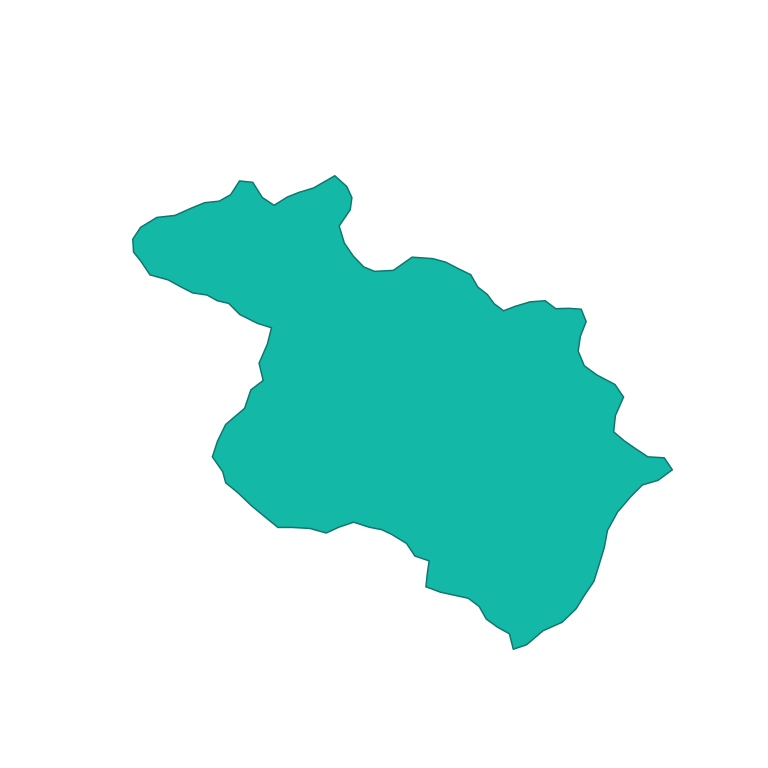 the district of Cajuri, Minas Gerais, Brazil, rotated 217°
{"feature_id": "56859067B26738784286925", "entity_name": "Cajuri", "entity_type": "district", "adm_level": 2, "iso_a3": "BRA", "parent_name": "Brazil", "parent_adm1": "Minas Gerais", "projection": "natural_earth1", "projection_center": [-42.758, -20.786], "detail": "fine", "context": "isolated", "style": "filled", "palette": "teal", "viewbox_px": 768, "rotation_deg": 217, "n_neighbors": 0, "source": "geoboundaries", "source_scale": "gbopen_adm2", "svg_char_len": 1547}
<svg xmlns="http://www.w3.org/2000/svg" viewBox="0 0 768 768"><g transform="rotate(217 384 384)"><path d="M548.6,520.7L558.3,498.1L567.2,485.9L573.7,475.2L579.3,460.6L593.4,459.7L610.2,466.1L621.6,459.2L620.4,442.9L625.7,430.8L636.4,420.8L643.6,408.7L652.5,392.7L665.7,380.3L672.7,362.6L671.8,348.5L663.4,338.6L652.5,335.9L636.5,330.3L619.2,337.2L604.1,339.4L591.6,341.6L579.0,348.5L567.2,350.2L556.5,354.9L540.9,352.7L521.4,356.3L507.7,361.2L501.2,345.8L496.3,325.4L482.6,314.1L486.8,299.2L480.7,280.7L486.1,256.4L482.6,238.2L477.2,222.5L460.0,216.9L451.0,209.8L434.9,209.2L416.8,207.0L398.4,206.2L382.4,205.6L371.0,214.2L356.1,224.1L340.5,230.2L334.0,242.3L325.2,255.3L309.4,260.8L298.2,266.3L287.5,268.5L270.1,270.2L255.7,265.2L241.5,269.9L235.0,258.1L228.5,247.3L213.6,251.7L199.7,258.1L187.8,263.6L174.1,263.6L160.8,257.8L146.7,258.1L133.6,260.0L121.1,250.0L113.2,261.6L108.5,282.6L98.3,301.1L95.3,320.1L96.7,335.0L97.6,352.7L103.0,367.9L109.7,386.1L117.4,401.5L120.4,422.2L119.2,442.1L116.9,458.9L107.2,471.9L102.1,489.0L115.8,493.7L129.5,484.6L144.8,483.7L158.1,483.2L171.8,484.0L180.2,498.1L184.8,517.7L199.2,522.6L219.4,519.3L235.0,519.1L248.7,527.1L255.9,540.3L260.1,555.5L271.5,562.4L281.5,556.0L292.2,547.5L305.4,547.5L316.8,537.5L326.1,524.8L332.6,514.4L344.3,514.4L355.4,517.7L367.5,517.9L380.5,523.5L394.9,520.7L407.9,518.5L420.5,513.5L437.9,502.2L444.9,480.4L459.3,468.3L470.7,465.3L485.6,467.7L500.5,472.7L514.9,483.2L515.8,502.8L521.8,513.5L532.5,519.3L548.6,520.7Z" fill="#14b8a6" stroke="#0f766e" stroke-width="1.5"/></g></svg>